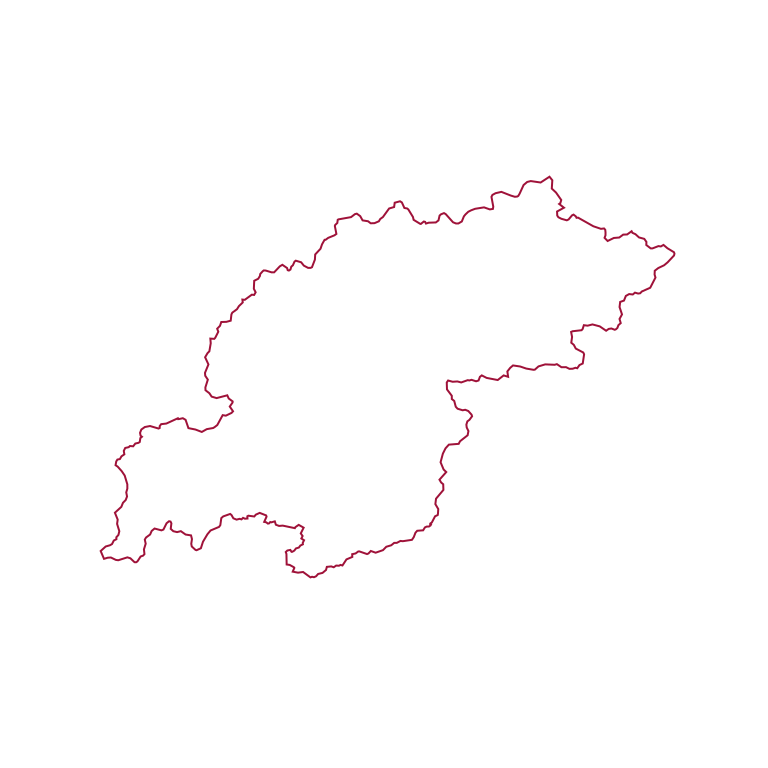 outline of Ham Yen, Tuyên Quang, Vietnam, rotated 259°
{"feature_id": "81297802B77229581138550", "entity_name": "Ham Yen", "entity_type": "district", "adm_level": 2, "iso_a3": "VNM", "parent_name": "Vietnam", "parent_adm1": "Tuyên Quang", "projection": "albers", "projection_center": [105.011, 22.095], "detail": "fine", "context": "isolated", "style": "outline", "palette": "rose", "viewbox_px": 768, "rotation_deg": 259, "n_neighbors": 0, "source": "geoboundaries", "source_scale": "gbopen_adm2", "svg_char_len": 6148}
<svg xmlns="http://www.w3.org/2000/svg" viewBox="0 0 768 768"><g transform="rotate(259 384 384)"><path d="M208.2,274.9L208.5,276.6L207.7,278.4L208.2,280.6L210.1,283.1L210.3,287.6L212.5,291.6L215.4,293.0L215.0,297.4L213.7,299.7L214.9,302.4L214.2,305.1L214.7,306.8L213.8,308.6L219.0,313.7L220.3,319.9L223.0,320.3L223.1,323.8L224.5,326.7L224.4,327.8L220.3,334.9L220.6,336.4L222.6,339.2L220.0,343.6L221.1,351.3L223.8,355.2L224.3,360.3L226.1,363.7L225.6,366.2L226.8,370.2L226.1,372.5L225.7,381.7L228.0,384.0L232.0,386.5L233.6,388.6L232.9,394.5L235.4,396.8L235.9,398.7L235.5,400.9L236.3,402.7L237.1,403.3L237.6,402.6L238.2,402.8L238.9,404.5L244.4,408.9L245.1,411.7L246.3,412.2L250.9,413.4L256.3,411.5L261.5,413.2L268.7,422.1L274.3,423.0L276.4,421.3L279.5,420.2L285.7,428.3L288.7,426.2L296.4,424.6L304.4,428.5L309.1,432.1L312.1,436.1L311.0,445.9L313.3,447.7L317.7,456.3L321.7,457.9L325.5,456.9L328.4,457.1L331.4,458.7L332.5,461.0L335.5,464.3L337.2,464.1L341.4,461.6L343.2,458.8L343.2,456.2L345.7,451.5L348.0,450.1L354.0,449.7L356.3,447.7L359.5,448.3L366.7,444.8L373.5,445.9L375.2,447.6L373.1,451.8L372.5,456.5L370.8,460.1L371.8,466.9L371.2,468.5L371.4,470.7L369.1,474.9L369.4,477.5L372.7,479.5L373.8,481.6L370.4,485.9L366.2,496.4L369.6,503.1L367.4,507.2L372.8,507.5L375.8,511.0L377.6,514.2L375.2,521.0L372.0,526.6L369.4,533.5L369.3,534.8L371.8,539.0L372.5,546.0L370.3,555.2L370.5,557.5L366.6,561.4L365.8,565.9L363.5,568.9L363.0,572.1L363.4,575.1L362.6,576.7L365.3,579.5L366.2,583.0L375.0,586.1L376.9,585.6L382.2,579.0L386.2,577.8L388.8,575.7L394.3,577.6L399.4,577.6L399.8,579.2L399.1,588.2L400.1,589.5L403.6,591.4L402.4,595.0L402.7,600.0L399.4,606.8L393.9,612.2L395.2,615.1L395.1,617.8L393.2,620.9L393.5,622.2L394.5,623.8L397.0,625.3L398.6,628.0L402.9,627.6L406.9,630.9L414.6,629.9L419.5,631.5L420.1,635.5L424.3,638.2L425.5,641.8L424.4,645.3L425.8,647.8L424.3,650.7L424.2,652.8L425.6,654.7L427.7,663.7L436.7,670.8L439.8,670.5L443.5,671.4L445.5,675.4L447.1,681.6L449.3,685.6L454.8,693.2L456.5,694.0L458.0,693.8L463.2,688.1L467.2,684.9L466.2,682.0L467.0,679.7L465.9,673.5L466.2,671.7L470.4,668.0L473.4,668.7L476.8,667.2L479.2,662.3L483.1,659.4L485.0,656.7L486.7,656.2L484.4,651.2L485.0,647.3L482.9,642.9L483.5,637.5L481.7,630.8L485.4,628.4L487.7,629.8L490.7,630.4L493.2,630.6L494.7,629.7L494.9,626.6L498.9,619.6L510.3,606.2L510.4,604.7L511.9,604.3L514.1,602.4L513.7,600.8L510.3,596.6L509.8,594.7L512.3,589.7L514.4,587.0L516.3,586.2L520.3,586.8L522.7,594.3L527.3,590.3L527.9,591.6L530.8,593.1L539.1,589.4L543.8,586.0L551.9,588.1L555.9,586.0L551.9,576.2L555.2,566.8L555.0,563.1L552.7,559.0L544.9,553.4L543.0,551.7L542.6,550.6L542.8,548.2L544.8,544.4L550.2,535.9L550.0,529.9L548.9,526.5L547.2,525.2L537.2,525.1L535.1,524.3L535.2,521.2L538.3,515.9L538.6,506.9L537.9,502.8L537.0,499.6L534.9,496.3L533.3,494.4L528.7,491.4L527.4,487.7L527.9,485.2L529.6,482.6L539.0,477.0L540.3,475.5L539.7,472.3L538.7,470.7L534.2,468.7L532.7,465.7L533.8,458.7L533.5,455.8L535.3,455.3L535.9,454.1L534.1,450.7L534.3,450.1L539.5,444.4L542.4,444.3L550.7,441.2L551.9,440.2L552.9,437.6L558.8,436.2L560.3,434.6L559.9,429.1L555.8,427.7L555.3,422.5L548.1,414.8L546.7,411.8L544.7,410.0L543.7,405.4L544.3,401.6L546.8,399.4L548.7,394.2L553.3,392.7L556.4,389.8L556.3,387.9L554.1,383.5L554.3,370.6L554.0,369.9L551.0,368.9L549.4,366.4L548.5,365.9L540.4,365.9L539.4,363.7L538.1,357.1L536.7,354.2L536.9,353.2L532.9,349.8L528.9,347.5L524.3,341.2L519.3,339.9L512.4,335.6L512.0,334.1L512.5,331.6L515.5,327.9L519.3,325.9L521.9,320.9L521.2,319.5L517.9,317.2L516.9,315.4L514.2,314.0L513.5,312.3L514.1,311.2L516.3,311.0L520.4,307.0L519.4,304.2L514.6,297.5L515.0,295.1L518.0,289.4L518.4,287.5L517.8,286.4L515.6,283.5L513.7,282.8L511.3,280.6L510.1,276.3L502.3,274.4L498.5,275.5L496.2,273.5L496.9,271.3L493.2,263.4L493.9,261.1L491.0,260.9L488.1,256.4L485.5,254.0L483.0,248.7L481.4,247.5L475.4,245.6L475.1,241.1L475.9,236.1L472.4,234.1L470.1,230.8L466.9,231.3L461.5,227.1L460.7,226.0L461.7,222.2L457.1,221.7L449.4,218.8L448.0,216.7L444.4,213.5L436.7,215.4L429.1,210.4L426.2,210.1L421.9,211.9L414.7,208.0L411.9,207.6L408.3,210.8L404.5,212.4L402.1,217.0L402.8,228.0L399.4,228.8L395.8,232.1L394.7,231.8L391.3,228.3L386.0,230.6L384.7,228.8L383.1,222.7L384.2,219.7L375.5,212.5L374.0,209.5L373.4,207.9L373.5,201.4L371.7,196.0L375.3,190.2L378.0,183.6L386.7,182.4L388.8,180.0L388.7,176.0L388.8,175.2L389.7,175.1L386.7,162.8L387.1,157.6L385.5,155.8L383.6,155.4L383.3,154.2L387.4,146.3L387.4,141.0L385.6,137.1L382.6,135.2L379.7,135.2L378.4,136.3L377.4,134.5L373.7,133.2L373.1,131.8L373.0,128.5L370.7,125.9L371.6,122.8L370.7,121.3L370.6,117.8L368.0,115.8L364.5,115.7L363.1,112.5L360.7,110.4L360.7,107.9L359.1,106.4L355.5,105.0L353.7,106.8L348.5,109.9L343.6,112.0L334.5,112.9L330.3,112.1L326.8,110.3L322.6,110.3L319.4,108.3L317.2,105.1L313.5,102.7L309.0,95.3L301.7,96.7L297.6,95.3L290.0,96.1L286.5,94.5L284.6,92.0L282.7,91.7L281.9,88.9L278.8,86.5L278.0,84.3L277.6,79.8L274.1,74.0L265.8,75.8L266.2,79.7L265.8,82.8L262.5,87.2L261.7,89.5L262.8,99.0L261.3,101.8L256.7,105.1L256.3,106.6L256.9,108.1L261.1,112.2L261.5,114.8L262.7,116.4L267.5,116.8L272.7,119.6L276.9,119.5L278.7,121.1L280.9,125.7L284.1,127.9L285.9,131.2L282.8,137.6L283.2,139.7L288.8,144.0L290.3,146.8L289.7,148.2L287.8,148.7L282.5,147.0L279.7,149.1L278.1,152.6L278.3,156.5L274.1,160.5L272.2,165.7L268.4,165.9L263.9,164.3L261.2,164.3L257.1,167.3L256.6,168.3L257.7,172.9L263.7,176.2L270.2,182.0L273.3,185.8L275.2,194.8L276.7,196.4L283.4,198.7L284.7,200.9L285.8,208.2L284.5,209.3L280.9,210.5L279.0,213.4L279.2,216.5L278.3,218.3L279.5,220.1L278.3,221.8L278.0,224.3L280.2,224.6L280.6,225.7L278.7,231.4L280.2,233.2L281.2,237.4L277.5,243.2L276.2,243.4L271.5,240.1L270.7,242.0L269.1,243.4L269.1,244.6L270.2,246.0L269.7,247.0L270.0,250.6L266.5,251.0L264.7,253.9L264.3,257.6L259.5,269.0L260.4,269.7L262.0,273.4L258.3,277.7L253.2,273.8L250.3,275.1L248.1,273.4L245.9,275.7L243.5,273.9L242.1,273.8L241.4,271.1L239.7,269.2L239.4,266.2L237.6,264.2L236.8,262.0L236.9,261.2L239.0,260.4L239.0,257.4L237.8,255.5L235.8,255.8L225.4,254.0L224.4,256.9L221.3,260.6L220.6,260.9L217.2,258.6L215.2,263.6L214.9,268.7L208.2,274.9Z" fill="none" stroke="#9f1239" stroke-width="2"/></g></svg>